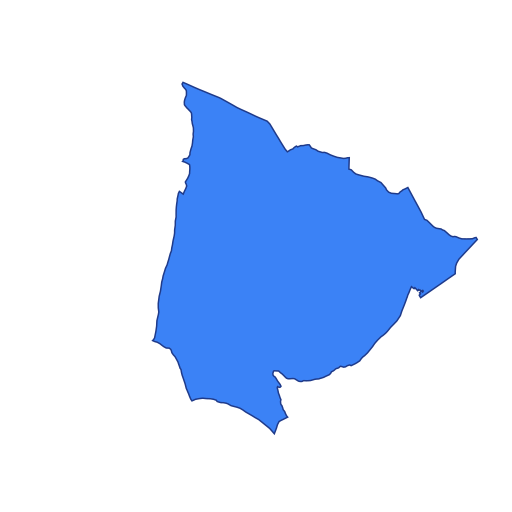 outline of Tlaquilpa, Veracruz, Mexico, rotated 219°
{"feature_id": "50627088B52599257884021", "entity_name": "Tlaquilpa", "entity_type": "district", "adm_level": 2, "iso_a3": "MEX", "parent_name": "Mexico", "parent_adm1": "Veracruz", "projection": "mercator", "projection_center": [-97.107, 18.613], "detail": "fine", "context": "isolated", "style": "filled", "palette": "blue", "viewbox_px": 512, "rotation_deg": 219, "n_neighbors": 0, "source": "geoboundaries", "source_scale": "gbopen_adm2", "svg_char_len": 5592}
<svg xmlns="http://www.w3.org/2000/svg" viewBox="0 0 512 512"><g transform="rotate(219 256 256)"><path d="M94.4,408.1L96.6,408.9L97.5,407.8L98.7,405.6L100.8,403.7L103.2,401.7L106.8,398.9L109.4,397.8L112.6,396.9L113.9,396.2L115.1,394.9L117.0,394.2L119.2,394.0L122.5,394.2L125.6,394.3L127.6,393.6L129.1,393.5L131.7,392.0L133.3,391.1L135.2,390.6L136.8,390.5L139.2,390.7L142.1,391.0L145.6,391.3L148.1,390.5L155.3,394.0L162.2,396.9L167.8,399.2L174.7,402.1L181.1,404.8L182.4,401.9L183.5,399.8L183.7,398.3L184.3,396.5L184.3,394.4L185.2,393.3L187.1,392.1L188.7,391.0L190.3,389.9L193.1,389.1L196.1,389.5L198.1,390.5L201.6,391.1L205.1,391.7L209.1,390.9L211.6,390.8L214.4,389.9L216.5,389.0L218.9,387.9L222.3,385.9L225.0,384.7L227.2,383.7L230.0,382.6L232.8,382.5L236.2,382.9L238.5,382.0L242.6,387.4L245.4,391.1L246.7,389.9L247.9,388.3L249.5,386.8L251.9,385.5L254.9,383.8L258.1,382.6L261.8,381.4L265.6,380.6L267.3,379.9L267.7,379.8L268.0,379.6L269.7,378.1L270.5,377.8L273.7,376.5L276.2,376.3L279.2,375.3L281.0,374.8L282.4,375.3L284.6,375.9L285.9,374.9L287.3,373.4L288.7,371.6L290.9,369.7L291.1,369.1L292.4,366.9L293.7,366.9L294.0,366.3L294.3,365.4L294.7,363.6L294.7,362.5L296.1,360.1L296.7,358.0L297.2,356.7L300.7,357.4L305.9,359.2L309.3,360.4L312.5,361.6L317.1,363.2L321.7,364.9L328.3,367.3L332.2,367.8L340.5,365.4L344.2,364.4L349.7,363.1L354.1,362.0L360.1,360.4L364.3,359.4L368.8,358.7L374.1,357.8L382.6,356.3L384.6,355.8L392.4,353.4L399.2,351.4L404.8,349.7L409.8,348.3L413.6,347.3L418.1,346.1L422.0,345.0L421.8,344.0L421.7,343.1L420.8,342.6L419.6,341.9L418.5,341.7L417.2,341.4L416.1,341.3L414.4,340.8L413.3,339.7L412.0,338.1L411.1,336.9L410.8,335.7L410.5,334.6L409.9,333.0L409.3,331.7L408.6,330.5L406.8,328.5L405.5,328.1L403.9,327.8L403.3,327.6L401.7,327.5L400.5,327.3L398.6,327.1L396.6,326.7L395.6,326.0L394.6,324.9L393.1,323.3L391.9,321.5L390.5,320.4L388.7,318.7L387.0,317.5L385.3,316.2L383.0,313.5L381.6,311.2L379.7,309.2L378.0,306.1L376.5,303.9L375.0,301.3L373.9,298.3L372.4,294.9L371.1,293.1L370.8,291.4L370.6,289.4L371.3,288.0L372.1,287.2L372.9,286.5L373.3,285.4L372.9,284.6L372.3,284.0L372.5,283.4L372.0,283.5L370.7,284.1L368.1,284.7L365.3,285.2L364.7,284.8L363.8,283.9L362.7,282.7L361.6,281.2L360.5,279.6L359.5,278.3L358.8,276.4L358.0,273.3L357.5,269.1L356.8,268.5L355.6,268.0L353.9,266.8L353.1,264.5L352.3,261.0L351.5,258.3L356.2,258.0L355.7,255.8L354.9,254.3L353.1,250.7L352.0,249.3L350.3,246.4L348.7,243.9L347.1,241.6L344.8,238.7L342.6,236.0L340.7,232.4L338.0,229.0L335.6,225.0L333.7,222.6L332.1,219.9L330.7,217.0L329.9,215.4L327.9,212.0L326.6,209.4L325.0,206.8L324.2,204.2L323.0,201.4L321.6,198.3L320.5,195.5L319.5,193.2L318.6,189.5L317.5,186.8L316.7,184.8L315.6,182.0L314.3,179.7L312.9,176.5L310.9,173.3L308.1,168.5L305.9,163.8L302.1,157.6L299.3,154.2L296.3,151.3L295.1,149.2L294.0,146.9L292.3,143.4L289.1,139.0L286.4,134.5L283.3,128.6L283.0,126.7L283.1,125.2L280.2,126.0L279.9,126.3L278.2,126.9L275.4,127.4L273.4,127.4L270.7,127.5L267.9,128.0L265.4,129.8L263.6,129.8L262.4,129.3L260.5,127.9L258.1,127.2L255.5,126.8L253.0,125.8L249.9,124.5L248.2,123.4L245.4,121.7L244.4,121.0L242.9,120.6L240.5,118.5L238.5,117.0L234.8,114.7L230.7,112.1L226.8,109.2L225.0,108.3L223.4,107.4L221.8,106.6L219.3,105.1L216.6,103.7L214.6,103.1L213.6,105.0L212.9,106.5L210.5,109.3L208.0,111.9L204.9,113.9L201.7,116.3L198.9,117.9L196.2,118.9L194.6,118.5L193.0,119.1L191.1,119.9L189.0,121.5L186.6,122.8L184.9,123.4L181.2,124.0L178.5,125.2L175.7,126.5L172.7,127.6L169.4,128.1L165.8,128.3L162.1,128.9L158.2,129.5L154.9,129.9L150.9,130.6L145.7,130.6L136.8,130.6L129.9,129.4L131.7,134.9L133.2,138.5L133.9,141.9L133.0,144.2L132.3,145.6L130.0,150.7L131.6,151.0L133.8,152.0L135.9,153.2L138.2,153.7L139.7,154.8L141.7,156.0L143.1,156.3L143.9,156.8L145.5,158.5L146.2,160.0L148.3,161.1L150.2,162.4L152.3,163.6L154.1,165.1L155.4,166.1L156.4,166.8L156.8,167.4L157.0,168.1L156.2,168.2L155.1,168.7L154.6,169.4L154.6,170.5L156.5,171.4L160.5,172.4L163.1,173.4L165.0,174.0L166.1,173.8L167.7,174.1L169.0,175.3L169.6,176.8L169.8,177.3L169.7,178.2L168.7,178.9L166.0,180.9L165.3,180.8L163.1,180.7L161.8,180.8L159.1,180.6L158.0,180.4L155.5,180.2L154.0,180.7L153.5,181.0L152.0,182.3L151.1,183.2L150.4,183.8L149.5,184.5L148.7,184.9L146.5,185.2L144.8,185.4L143.7,185.7L142.1,186.7L141.3,187.5L140.7,188.9L140.3,189.3L138.5,190.6L137.1,191.8L135.3,193.5L132.7,197.2L131.7,198.3L130.4,199.5L129.7,200.2L129.4,200.9L129.0,201.4L128.3,202.4L127.0,204.4L126.4,205.8L125.7,207.2L124.3,210.0L124.2,211.3L124.2,212.2L124.5,213.5L123.7,215.2L123.3,216.6L123.1,218.3L122.5,219.5L122.2,219.8L121.4,221.1L121.2,222.5L121.0,223.4L119.7,224.1L117.9,224.8L116.7,226.2L115.9,228.4L114.5,230.4L114.3,230.4L113.1,230.6L111.1,234.8L110.3,236.9L109.6,239.2L109.4,239.6L109.6,242.7L109.4,245.1L109.3,245.3L108.9,246.9L108.4,250.9L108.4,259.3L108.5,259.9L108.7,262.5L108.7,264.0L108.6,265.7L108.6,266.9L108.0,271.9L107.8,272.8L107.5,273.5L107.0,275.9L106.7,277.6L106.5,280.1L106.5,280.3L106.5,284.5L106.4,286.7L106.3,287.1L105.7,294.0L105.7,294.4L106.3,300.5L108.1,305.2L108.8,307.5L110.0,311.4L111.5,315.9L112.5,318.6L112.6,319.2L113.4,321.0L114.1,323.8L115.0,326.6L115.1,327.0L115.2,327.3L115.9,330.0L114.4,330.0L112.6,330.1L112.6,331.3L110.5,331.1L108.6,330.8L108.6,331.6L108.6,332.1L107.8,331.9L107.4,332.8L105.6,332.6L105.3,333.2L105.0,333.8L104.9,333.7L104.6,334.2L103.9,334.0L103.8,332.9L105.1,333.2L105.4,332.6L105.7,330.3L104.4,330.1L104.5,328.3L104.2,328.1L101.8,327.2L98.7,337.7L96.1,346.6L93.6,355.2L92.5,359.1L90.0,367.6L91.1,368.9L94.4,373.6L95.6,376.8L96.3,381.2L95.7,390.2L94.4,408.1Z" fill="#3b82f6" stroke="#1e3a8a" stroke-width="1.5"/></g></svg>